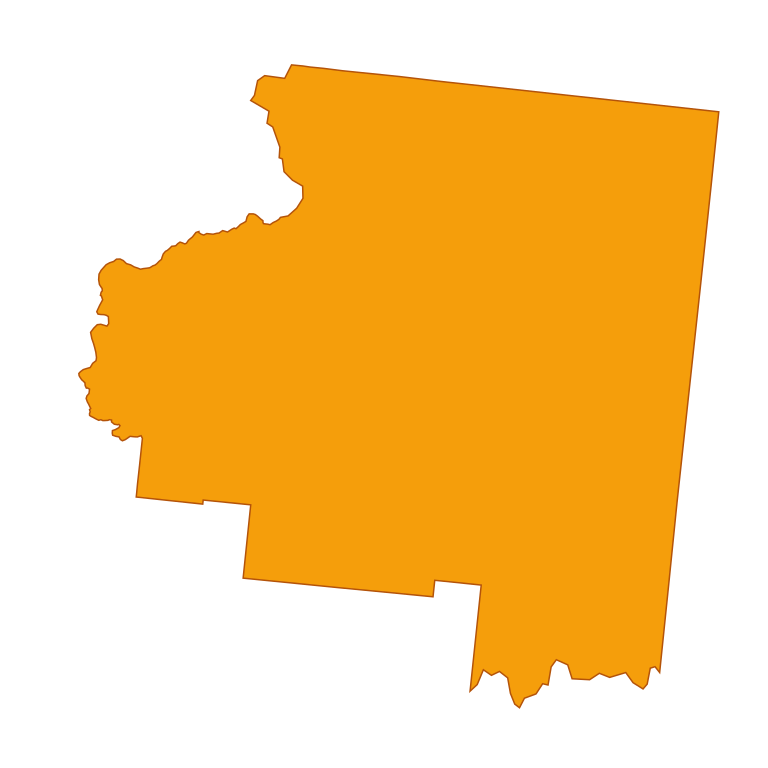 outline of Lincoln, Montana, United States of America, rotated 96°
{"feature_id": "52423323B47513182951794", "entity_name": "Lincoln", "entity_type": "district", "adm_level": 2, "iso_a3": "USA", "parent_name": "United States of America", "parent_adm1": "Montana", "projection": "equal_earth", "projection_center": [-115.378, 48.446], "detail": "fine", "context": "isolated", "style": "filled", "palette": "amber", "viewbox_px": 768, "rotation_deg": 96, "n_neighbors": 0, "source": "geoboundaries", "source_scale": "gbopen_adm2", "svg_char_len": 2979}
<svg xmlns="http://www.w3.org/2000/svg" viewBox="0 0 768 768"><g transform="rotate(96 384 384)"><path d="M522.3,618.6L522.4,551.7L518.3,551.7L518.1,503.9L591.8,503.8L591.3,408.5L590.5,313.0L573.9,313.0L573.8,266.3L680.5,266.3L673.2,259.9L657.8,255.3L662.5,246.7L657.8,239.1L663.3,230.3L678.5,225.9L688.7,220.5L691.8,215.4L681.8,211.5L676.3,200.4L665.5,194.9L666.2,189.4L647.9,188.2L640.2,183.8L644.1,171.9L657.5,166.1L656.6,148.6L649.2,139.6L652.2,128.9L645.7,113.4L655.0,105.1L660.2,94.5L655.0,90.9L638.8,89.5L636.8,84.9L642.1,79.7L554.8,79.9L470.3,80.2L248.6,79.5L152.1,79.4L78.3,79.5L77.2,344.9L77.2,352.2L77.1,363.7L76.6,400.9L76.8,457.9L76.4,477.2L76.5,490.8L76.2,497.6L76.3,509.3L90.4,514.7L89.8,534.9L95.5,541.4L110.5,543.0L116.0,546.2L124.7,526.9L136.9,527.6L140.0,521.5L159.4,512.3L169.9,511.9L170.8,508.6L183.3,505.6L190.9,496.3L195.7,485.6L207.8,484.0L218.3,489.2L226.9,497.0L229.1,504.4L231.2,505.7L233.2,508.1L235.0,511.1L237.5,514.0L237.2,516.1L237.2,519.4L237.1,520.6L236.1,521.2L234.2,521.5L232.8,523.9L230.3,527.3L228.9,529.7L228.5,531.7L228.9,535.9L232.0,537.6L236.7,538.3L238.3,540.4L240.4,543.5L242.7,545.3L245.0,547.4L244.6,549.3L246.0,551.6L249.2,555.5L248.3,560.5L251.1,563.8L251.7,566.4L252.9,569.6L252.9,573.4L252.9,576.0L254.7,578.8L254.1,581.5L252.8,583.9L251.7,584.0L252.3,585.5L253.0,586.9L255.4,588.4L257.8,589.9L260.2,592.3L261.5,593.5L264.7,595.2L265.5,596.8L264.7,599.4L264.2,601.7L266.0,603.8L268.2,605.5L268.7,607.0L269.2,609.5L271.6,611.4L273.8,613.5L274.9,615.2L277.7,617.1L281.3,618.0L283.3,618.3L285.5,620.5L288.1,622.5L289.7,624.2L290.6,626.2L291.8,627.7L292.9,629.2L293.6,631.9L294.4,635.5L295.3,638.2L294.5,640.9L293.7,644.6L292.0,648.4L291.2,652.7L288.5,656.2L287.3,659.5L287.8,663.1L290.4,665.7L292.1,669.5L294.4,672.8L297.0,674.7L300.5,677.2L304.5,678.9L310.1,678.7L314.8,677.4L317.4,675.3L318.5,674.3L320.8,673.9L322.3,674.9L325.5,675.3L325.9,674.3L329.7,672.6L335.5,675.0L340.5,676.7L342.2,677.2L344.4,675.7L344.5,673.0L344.3,669.6L344.7,667.4L345.7,665.2L349.4,664.6L352.8,664.1L355.4,665.6L354.9,668.0L354.2,671.9L355.0,675.4L358.8,678.5L363.3,681.2L369.4,679.3L374.1,677.1L378.1,675.5L382.6,673.9L387.7,672.7L390.9,672.8L393.9,675.9L398.3,677.9L399.7,681.4L401.1,684.6L403.5,687.2L405.4,688.6L407.6,688.1L409.0,687.1L411.3,685.2L414.0,681.6L416.9,681.0L419.2,679.6L419.0,678.4L419.9,676.3L424.3,676.4L426.9,678.2L429.5,678.7L432.7,677.2L435.0,675.6L437.0,674.4L439.0,673.1L440.3,674.2L442.3,673.3L444.2,673.8L446.0,673.5L446.8,672.0L447.5,670.0L448.9,666.7L449.9,663.9L449.1,661.8L449.8,659.8L449.5,657.6L449.0,654.7L448.2,653.5L448.3,651.2L450.2,651.0L452.2,648.0L452.4,644.6L451.9,643.5L453.0,642.2L455.1,643.1L457.5,646.5L458.7,649.2L461.4,649.1L463.3,648.5L464.1,645.1L464.3,642.0L466.8,640.3L467.8,638.2L466.4,635.5L464.7,633.5L462.6,631.1L462.6,626.8L462.4,623.7L461.5,621.8L460.8,620.2L463.3,618.6L477.0,618.6L490.2,618.6L509.4,618.7L517.9,618.6L522.3,618.6Z" fill="#f59e0b" stroke="#b45309" stroke-width="1.5"/></g></svg>